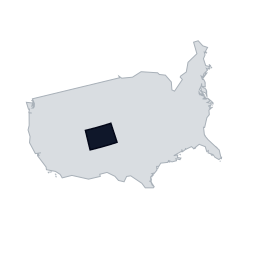 United States of America, with Colorado highlighted, rotated 344°
{"feature_id": "USA-3522", "entity_name": "Colorado", "entity_type": "State", "adm_level": 1, "iso_a3": "USA", "parent_name": "United States of America", "parent_adm1": "", "projection": "orthographic", "projection_center": [-105.117, 39.0], "detail": "fine", "context": "in_parent", "style": "filled", "palette": "ink", "viewbox_px": 256, "rotation_deg": 344, "n_neighbors": 0, "source": "natural_earth", "source_scale": "10m", "svg_char_len": 5677}
<svg xmlns="http://www.w3.org/2000/svg" viewBox="0 0 256 256"><g transform="rotate(344 128 128)"><path d="M203.8,81.4L214.7,75.6L214.7,63.6L219.5,63.5L222.5,69.6L226.7,72.5L223.2,76.0L223.5,77.2L222.2,76.1L222.2,79.0L219.6,82.2L219.9,89.4L222.9,91.2L224.0,90.3L223.2,89.3L223.8,89.7L224.5,90.9L221.1,93.4L219.8,92.3L220.2,94.4L215.9,96.7L213.4,100.5L213.3,98.9L212.6,98.1L212.9,101.9L214.1,102.1L214.7,105.1L213.6,109.7L210.4,108.3L211.1,105.4L210.0,107.7L211.5,110.0L213.0,111.2L213.7,112.8L212.6,119.9L212.3,115.8L208.8,113.0L209.2,108.6L207.2,110.6L209.8,115.9L207.0,115.0L206.2,115.5L206.4,113.5L206.2,112.9L205.8,114.6L206.2,115.8L210.3,116.8L209.9,118.1L207.7,116.6L207.0,116.5L209.7,118.2L210.7,118.4L210.6,120.0L209.2,119.2L211.5,120.8L211.2,121.2L210.0,120.4L207.7,120.6L211.0,121.8L212.7,121.1L215.9,125.7L213.2,122.3L214.5,124.7L211.1,125.3L214.2,127.0L215.1,125.9L214.3,128.8L211.0,129.0L213.2,129.6L211.9,131.3L214.1,131.5L210.7,133.2L209.8,137.6L206.7,139.8L201.8,148.6L200.8,148.1L199.6,155.2L199.8,156.8L201.8,161.4L209.6,174.3L209.2,182.3L206.7,183.4L203.5,180.1L202.4,176.9L198.1,174.0L199.0,171.9L197.2,172.4L197.1,167.2L191.9,163.3L185.5,166.0L183.9,163.4L177.3,164.5L177.9,163.2L177.0,164.6L174.1,165.7L173.7,163.4L173.4,165.1L164.4,167.2L168.4,167.7L167.4,170.0L170.6,171.5L169.2,172.8L165.6,170.7L165.6,172.8L160.9,172.7L158.1,170.4L156.7,172.0L149.8,170.8L146.1,174.2L147.0,173.3L144.9,172.8L144.1,176.5L140.1,179.3L141.0,178.5L138.3,178.4L139.3,179.5L136.2,181.3L135.2,185.4L133.8,184.9L135.1,185.9L135.5,189.5L137.0,191.6L136.0,192.5L128.1,190.3L126.1,185.0L117.4,174.7L113.3,174.2L109.4,178.6L104.4,175.8L102.1,170.8L95.6,164.9L88.1,164.7L88.0,166.9L76.0,166.3L61.0,158.1L51.0,157.8L50.0,153.9L46.3,149.7L38.1,145.6L38.5,142.9L33.4,129.7L33.8,128.5L35.0,130.3L34.5,127.5L37.5,127.8L31.9,127.1L29.3,115.0L31.5,109.3L31.4,102.3L33.7,98.3L37.1,86.2L39.6,87.1L36.9,85.9L38.5,82.7L37.5,82.5L37.4,75.3L43.2,77.7L41.2,81.1L43.8,79.0L42.9,82.0L41.3,82.4L42.3,82.8L43.8,81.7L44.8,78.7L44.2,73.6L133.7,77.4L133.5,75.6L135.7,78.4L146.3,80.4L156.1,77.5L171.7,83.1L172.9,85.2L178.5,87.5L182.3,95.7L180.7,103.5L182.9,105.4L193.6,96.4L192.2,93.4L193.1,92.5L199.5,90.2L203.8,81.4ZM217.8,97.5L219.6,96.4L213.5,101.1L218.2,96.4L217.8,97.5ZM44.0,76.6L44.4,78.7L44.3,79.0L43.5,77.3L44.0,76.6ZM136.8,191.0L135.6,187.9L135.5,186.0L135.8,188.0L136.8,191.0ZM223.8,76.0L224.2,77.0L223.8,76.9L223.8,76.0ZM158.3,171.3L158.5,172.1L157.7,171.6L158.3,171.3ZM41.0,149.1L42.0,148.9L42.1,149.0L41.0,149.1ZM40.0,148.7L39.5,149.2L39.2,148.6L40.0,148.7ZM222.8,92.9L222.6,93.7L222.4,93.6L222.8,92.9ZM136.0,184.3L135.5,185.8L136.7,182.9L136.0,184.3ZM207.2,170.0L208.7,172.5L207.0,169.7L207.2,170.0ZM45.7,152.4L46.1,153.2L45.6,152.4L45.7,152.4ZM209.7,182.5L209.1,183.7L210.1,181.4L209.7,182.5ZM216.7,127.4L216.2,128.8L216.1,125.9L216.7,127.4ZM43.5,74.9L43.4,75.5L43.1,75.1L43.5,74.9ZM139.4,180.1L138.0,180.9L139.4,179.9L139.4,180.1ZM224.7,92.4L225.0,93.1L224.3,93.1L224.7,92.4ZM45.4,154.5L45.6,155.6L45.3,154.6L45.4,154.5ZM137.6,181.5L137.0,181.9L137.5,181.3L137.6,181.5ZM213.8,114.0L213.4,115.8L213.7,113.4L213.8,114.0ZM145.7,174.9L144.8,175.6L146.1,174.4L145.7,174.9ZM200.0,155.9L200.0,157.1L199.8,156.3L200.0,155.9ZM214.4,131.6L214.2,131.9L214.8,130.8L214.4,131.6ZM187.9,165.2L186.9,166.1L186.4,166.1L187.9,165.2ZM173.6,165.6L173.4,165.8L172.8,165.9L173.6,165.6ZM201.2,177.3L201.5,178.1L201.0,177.2L201.2,177.3ZM170.9,167.8L170.9,168.6L170.6,167.2L170.9,167.8ZM207.6,185.2L207.0,185.5L207.8,185.0L207.6,185.2ZM214.7,105.7L214.6,106.6L214.7,105.4L214.7,105.7ZM215.7,129.2L215.4,129.6L215.7,129.2Z" fill="#d9dde1" stroke="#a8b0b8" stroke-width="1"/><path d="M86.4,118.6L87.0,118.6L87.6,118.6L88.2,118.7L88.8,118.7L89.4,118.7L90.0,118.7L90.6,118.7L91.2,118.8L91.7,118.8L92.3,118.8L92.9,118.8L93.5,118.8L94.1,118.8L94.7,118.8L95.3,118.9L95.9,118.9L96.5,118.9L97.1,118.9L97.7,118.9L98.3,118.9L98.9,118.9L99.4,118.9L100.0,118.9L100.6,118.9L101.2,118.9L101.8,118.9L102.4,118.9L103.0,118.9L103.6,118.9L104.2,118.9L104.8,118.9L105.3,118.9L105.8,118.9L106.3,118.9L106.7,118.9L107.2,118.9L107.6,118.9L108.1,118.8L108.5,118.8L109.0,118.8L109.4,118.8L109.9,118.8L110.3,118.8L110.8,118.8L111.2,118.8L111.7,118.8L112.1,118.7L112.6,118.7L112.8,118.7L112.8,119.0L112.8,119.3L112.8,119.7L112.8,120.0L112.9,120.3L112.9,120.6L112.9,120.9L112.9,121.2L112.9,121.5L112.9,121.8L112.9,122.1L112.9,122.5L112.9,122.8L113.0,123.1L113.0,123.4L113.0,123.7L113.0,124.2L113.0,124.6L113.0,125.1L113.0,125.6L113.1,126.1L113.1,126.5L113.1,127.0L113.1,127.5L113.1,127.9L113.1,128.4L113.2,128.9L113.2,129.3L113.2,129.8L113.2,130.3L113.2,130.7L113.3,131.2L113.3,131.7L113.3,132.1L113.3,132.6L113.3,133.1L113.3,133.5L113.4,134.0L113.4,134.5L113.4,135.0L113.4,135.4L113.4,135.9L113.4,136.4L113.5,136.8L113.5,137.3L113.5,137.8L113.5,138.2L113.5,138.7L113.1,138.7L112.6,138.7L112.2,138.7L111.7,138.8L111.2,138.8L110.7,138.8L110.2,138.8L109.7,138.8L108.9,138.8L108.2,138.8L107.4,138.9L106.7,138.9L105.9,138.9L105.2,138.9L104.4,138.9L103.7,138.9L102.9,138.9L102.1,138.9L101.4,138.9L100.6,138.9L99.9,138.9L99.1,138.9L98.4,138.9L97.6,138.9L96.9,138.9L96.1,138.9L95.4,138.9L94.6,138.8L93.8,138.8L93.1,138.8L92.3,138.8L91.6,138.8L90.8,138.8L90.1,138.7L89.3,138.7L88.6,138.7L87.8,138.7L87.1,138.6L86.3,138.6L85.6,138.6L85.6,137.9L85.6,137.3L85.6,136.7L85.7,136.1L85.7,135.4L85.7,134.8L85.7,134.2L85.8,133.6L85.8,132.9L85.8,132.3L85.8,131.7L85.9,131.1L85.9,130.5L85.9,129.8L86.0,129.2L86.0,128.6L86.0,128.0L86.0,127.3L86.1,126.7L86.1,126.1L86.1,125.5L86.1,124.8L86.2,124.2L86.2,123.6L86.2,123.0L86.3,122.3L86.3,121.7L86.3,121.1L86.3,120.5L86.4,119.8L86.4,119.2L86.4,118.6Z" fill="#0f172a" stroke="#020617" stroke-width="1.5"/></g></svg>